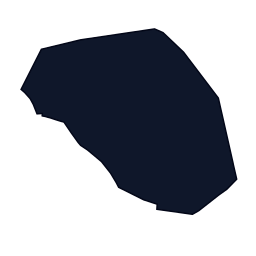 Malvik nor, Sør-Trøndelag, Norway, rotated 172°
{"feature_id": "86288312B1781368759016", "entity_name": "Malvik nor", "entity_type": "district", "adm_level": 2, "iso_a3": "NOR", "parent_name": "Norway", "parent_adm1": "Sør-Trøndelag", "projection": "mercator", "projection_center": [10.864, 63.347], "detail": "fine", "context": "isolated", "style": "filled", "palette": "ink", "viewbox_px": 256, "rotation_deg": 172, "n_neighbors": 0, "source": "geoboundaries", "source_scale": "gbopen_adm2", "svg_char_len": 764}
<svg xmlns="http://www.w3.org/2000/svg" viewBox="0 0 256 256"><g transform="rotate(172 128 128)"><path d="M202.8,218.0L228.5,181.1L225.4,177.6L220.8,170.7L218.5,164.6L216.1,154.7L210.8,154.3L211.3,152.0L210.9,151.8L208.2,150.9L205.6,149.7L203.8,149.0L201.4,147.8L199.2,146.7L197.1,145.7L195.0,144.7L193.7,144.1L192.6,143.6L191.2,143.1L190.5,142.6L184.8,131.0L179.4,120.7L177.3,117.4L171.2,112.0L167.2,107.6L158.9,98.4L151.5,85.7L147.2,75.5L145.5,70.6L122.4,54.7L109.7,48.5L110.7,43.5L76.2,33.6L69.4,36.3L47.7,48.9L38.5,53.7L27.5,62.2L28.8,77.2L28.9,79.0L32.9,127.1L33.4,132.9L34.4,145.1L57.5,186.5L58.6,188.4L62.4,195.3L80.1,217.6L80.3,217.7L87.9,222.4L88.5,222.4L161.6,221.9L162.7,221.9L202.8,218.0Z" fill="#0f172a" stroke="#020617" stroke-width="1.5"/></g></svg>